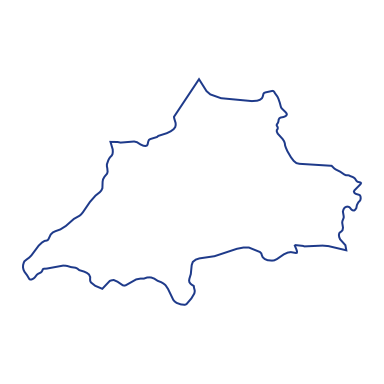 the County of Jönköping
{"feature_id": "SWE-179", "entity_name": "Jönköping", "entity_type": "County", "adm_level": 1, "iso_a3": "SWE", "parent_name": "Sweden", "parent_adm1": "", "projection": "robinson", "projection_center": [14.478, 57.556], "detail": "fine", "context": "isolated", "style": "outline", "palette": "blue", "viewbox_px": 384, "rotation_deg": 0, "n_neighbors": 0, "source": "natural_earth", "source_scale": "10m", "svg_char_len": 3530}
<svg xmlns="http://www.w3.org/2000/svg" viewBox="0 0 384 384"><path d="M26.6,259.5L29.2,257.6L31.4,255.4L38.7,245.6L42.0,242.5L44.6,240.9L46.5,240.6L47.6,240.2L48.4,239.3L50.7,234.5L52.9,232.4L55.4,231.2L60.4,229.4L65.8,226.0L73.9,218.9L79.6,215.7L81.1,214.4L82.8,212.4L89.9,202.0L95.5,195.6L99.8,192.2L101.3,190.5L102.4,188.2L102.6,181.8L103.0,179.4L104.5,176.7L107.1,173.6L107.6,171.7L107.3,168.3L106.9,166.3L106.9,164.3L108.3,160.3L109.2,158.5L110.3,157.0L111.7,155.6L112.5,154.1L112.8,152.0L112.7,149.4L110.5,141.9L117.6,142.0L120.6,142.6L134.1,141.5L137.0,142.2L140.4,144.4L143.3,145.7L145.4,146.0L146.8,145.6L147.5,144.7L147.8,143.6L148.1,142.1L148.5,140.9L148.9,140.0L149.5,139.5L150.5,139.0L157.0,137.0L157.5,136.6L158.3,135.9L166.8,133.2L170.7,131.3L173.6,129.2L175.2,127.1L175.7,125.0L175.6,123.0L174.3,118.7L174.0,117.1L174.0,116.8L199.0,79.2L206.5,91.1L210.3,94.4L221.0,98.2L251.9,101.1L257.2,100.7L259.9,99.8L261.9,98.3L262.7,96.7L263.5,93.7L264.2,92.9L265.5,92.4L272.4,90.9L273.4,91.1L274.3,92.0L274.8,93.0L277.4,96.6L278.4,98.7L279.8,102.8L280.8,106.6L281.2,107.7L282.2,108.9L285.7,112.3L286.6,113.5L286.8,114.6L286.3,115.5L285.7,116.0L284.8,116.5L283.5,117.0L280.5,117.6L279.4,118.3L278.7,119.5L278.4,121.4L278.0,122.7L276.8,124.5L276.7,125.5L277.6,127.0L277.8,128.0L277.6,129.0L276.8,130.1L276.8,131.6L277.7,133.6L282.6,139.0L284.1,141.3L284.8,143.3L285.1,145.5L285.9,147.8L287.4,151.2L290.9,157.2L293.7,160.9L296.4,163.1L299.4,163.8L331.6,165.8L334.3,168.5L335.8,169.5L340.2,171.7L344.3,174.5L345.8,175.2L348.3,175.3L349.2,175.5L350.0,176.0L352.7,177.0L353.9,177.7L355.0,178.6L356.0,180.2L356.6,181.0L357.6,181.8L360.5,182.5L361.0,183.1L360.5,184.2L354.4,190.4L353.9,191.7L354.6,193.1L355.9,193.9L359.0,194.8L360.0,195.4L360.5,196.5L360.7,198.2L360.4,199.9L359.4,201.4L359.0,201.6L358.6,202.0L357.8,203.3L356.9,205.1L356.3,208.1L355.1,209.8L354.1,210.5L352.9,210.4L351.9,209.9L351.0,209.1L350.2,208.0L349.4,207.2L348.4,206.8L347.3,206.6L346.0,206.9L344.6,207.7L343.5,209.4L342.9,211.6L343.7,216.3L343.7,217.7L342.4,221.1L342.2,222.7L343.0,227.7L342.5,230.2L341.4,231.4L339.6,232.7L339.2,233.5L338.9,235.0L339.2,237.1L340.1,239.3L345.4,245.2L346.3,250.3L328.5,246.1L322.5,245.6L304.5,246.4L302.9,245.9L295.5,245.1L294.8,245.6L296.5,249.7L297.0,251.4L296.9,252.7L296.0,253.0L290.8,252.1L287.7,252.6L283.9,254.3L276.9,259.1L274.1,260.4L271.9,260.6L267.5,260.2L264.7,259.0L262.7,257.2L261.9,255.4L261.3,253.4L259.9,252.0L248.8,247.5L243.6,247.5L236.9,248.8L214.5,256.2L199.4,258.4L195.8,259.6L192.8,261.9L191.7,265.1L190.8,274.1L189.4,278.7L189.1,280.5L189.4,282.2L190.5,283.7L191.7,284.7L193.7,285.9L193.8,286.1L194.0,287.7L194.7,290.4L194.7,291.7L194.3,293.5L191.4,298.4L186.6,304.0L186.1,304.3L185.7,304.5L184.7,304.8L180.8,304.4L176.6,302.9L174.6,301.4L173.3,299.9L168.0,288.9L165.8,285.6L165.2,284.9L163.4,283.5L161.2,282.2L157.6,280.8L154.2,278.6L151.2,277.5L149.4,277.4L147.1,277.5L143.9,278.6L140.5,278.6L136.2,279.4L125.7,285.3L124.4,285.6L122.8,285.3L117.5,281.7L113.7,280.0L111.3,280.4L109.8,280.9L102.3,288.8L95.2,285.8L90.9,282.4L90.2,280.9L90.1,279.2L90.2,277.1L89.0,274.5L86.9,272.9L84.1,271.6L79.2,270.1L77.5,268.7L76.4,268.1L75.3,267.7L71.0,267.1L67.3,266.0L65.4,265.7L63.1,265.6L46.7,268.6L44.4,268.7L43.3,268.9L42.7,269.5L42.4,270.5L41.9,271.3L41.4,272.0L40.6,272.6L38.1,273.8L36.9,274.7L34.8,277.4L33.8,278.3L32.5,279.1L31.0,279.6L29.8,279.4L29.3,279.0L27.1,275.3L24.5,271.8L23.5,269.7L23.0,267.4L23.1,265.0L23.8,262.6L24.4,261.3L26.6,259.5Z" fill="none" stroke="#1e3a8a" stroke-width="2"/></svg>